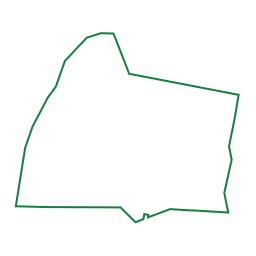 outline of Simpson, Kentucky, United States of America, rotated 2°
{"feature_id": "52423323B1208711549143", "entity_name": "Simpson", "entity_type": "district", "adm_level": 2, "iso_a3": "USA", "parent_name": "United States of America", "parent_adm1": "Kentucky", "projection": "orthographic", "projection_center": [-86.578, 36.758], "detail": "fine", "context": "isolated", "style": "outline", "palette": "green", "viewbox_px": 256, "rotation_deg": 2, "n_neighbors": 0, "source": "geoboundaries", "source_scale": "gbopen_adm2", "svg_char_len": 541}
<svg xmlns="http://www.w3.org/2000/svg" viewBox="0 0 256 256"><g transform="rotate(2 128 128)"><path d="M18.6,210.2L21.2,210.1L48.5,209.9L113.3,207.9L114.1,207.9L123.3,207.6L138.8,221.9L139.0,221.9L146.6,218.5L147.3,213.4L151.4,214.1L151.1,216.6L172.9,207.6L193.6,208.2L194.4,208.1L196.6,208.1L231.1,209.0L226.5,189.6L232.7,156.1L229.6,142.8L234.3,114.4L237.4,91.0L127.3,73.8L114.8,44.7L110.2,34.1L97.7,34.2L83.6,39.2L62.6,63.2L54.4,89.2L47.0,100.0L32.6,129.8L25.9,151.4L18.6,210.2Z" fill="none" stroke="#15803d" stroke-width="2"/></g></svg>